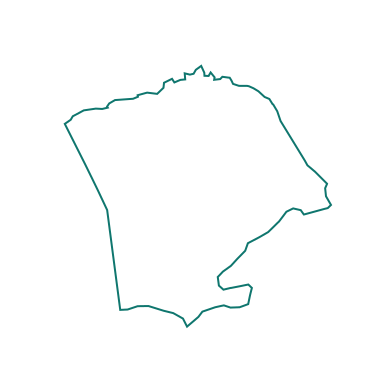 the district of Guánica, Puerto Rico, rotated 330°
{"feature_id": "32010507B43804230876127", "entity_name": "Guánica", "entity_type": "district", "adm_level": 2, "iso_a3": "PRI", "parent_name": "Puerto Rico", "parent_adm1": "", "projection": "natural_earth1", "projection_center": [-66.908, 17.98], "detail": "fine", "context": "isolated", "style": "outline", "palette": "teal", "viewbox_px": 384, "rotation_deg": 330, "n_neighbors": 0, "source": "geoboundaries", "source_scale": "gbopen_adm2", "svg_char_len": 1571}
<svg xmlns="http://www.w3.org/2000/svg" viewBox="0 0 384 384"><g transform="rotate(330 192 192)"><path d="M263.0,87.4L256.4,88.1L252.5,90.4L248.9,89.3L245.0,85.6L242.4,91.1L238.0,89.1L231.5,88.3L231.3,84.0L222.4,83.4L219.4,87.5L210.9,89.6L202.8,83.5L193.3,81.0L192.8,82.5L187.6,81.8L171.3,73.9L164.6,73.9L161.1,75.6L161.2,76.8L155.8,75.2L150.4,71.7L139.1,67.2L126.6,66.8L123.1,68.8L115.9,69.4L113.3,114.8L112.4,127.9L112.4,128.2L111.3,143.7L109.5,165.2L108.5,167.6L70.9,258.2L77.5,261.6L87.8,263.7L97.3,269.0L108.1,280.7L115.2,287.5L120.9,297.1L120.4,306.1L135.0,303.4L141.2,300.8L154.4,303.4L160.8,305.4L162.5,306.0L162.9,306.1L167.6,311.4L169.0,312.1L170.1,312.7L175.6,315.6L178.3,316.1L184.6,317.2L190.3,310.8L192.0,309.0L195.9,305.0L194.5,300.3L193.1,299.8L186.5,297.6L177.8,294.6L177.5,294.4L170.4,292.3L168.5,286.5L171.8,278.5L177.3,276.9L178.9,276.4L188.8,275.4L197.3,272.7L199.0,272.2L208.7,269.5L214.8,264.3L217.4,264.4L227.5,264.8L236.4,264.8L237.9,264.8L245.8,262.8L250.7,261.5L252.5,261.1L256.6,259.4L263.9,256.3L271.4,256.8L277.1,262.1L277.6,267.4L277.8,267.5L298.4,272.9L301.1,273.7L301.6,273.8L304.0,273.2L305.9,272.7L305.9,269.7L305.9,262.7L309.2,255.3L313.0,252.5L313.1,252.4L308.7,236.0L305.3,226.6L305.4,221.2L304.2,174.8L306.2,164.7L306.1,156.8L305.7,156.2L305.5,150.1L302.4,146.0L299.9,138.0L297.1,132.9L294.2,128.9L293.0,127.8L285.7,123.5L281.6,118.9L281.9,115.2L281.8,111.9L280.3,110.8L275.9,107.4L272.9,108.3L267.3,105.9L268.9,104.0L267.9,97.8L264.4,99.8L260.9,97.6L262.3,94.8L263.0,87.4Z" fill="none" stroke="#0f766e" stroke-width="2"/></g></svg>